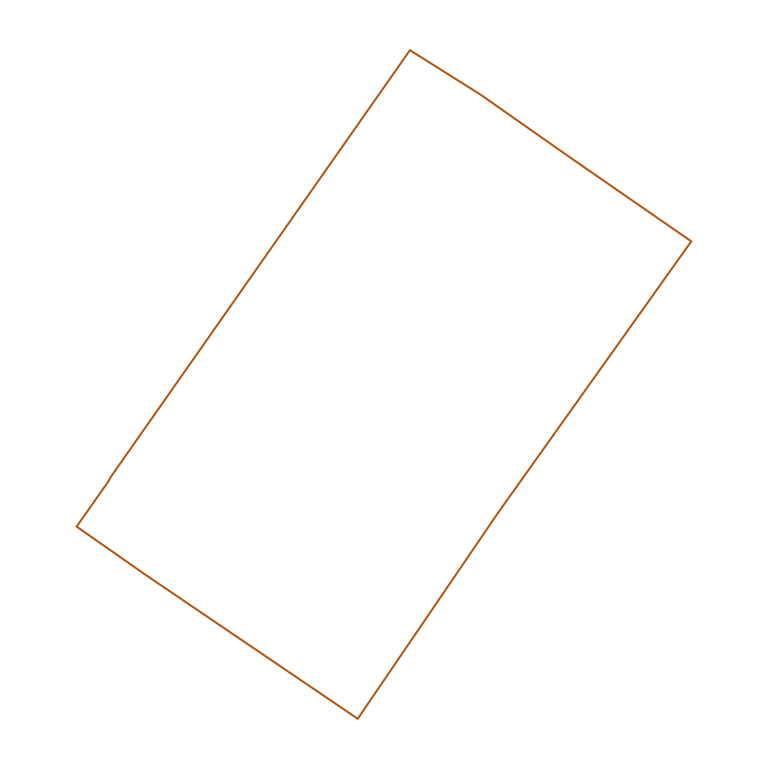 outline of Dewey, Oklahoma, United States of America, rotated 125°
{"feature_id": "52423323B83678883467317", "entity_name": "Dewey", "entity_type": "district", "adm_level": 2, "iso_a3": "USA", "parent_name": "United States of America", "parent_adm1": "Oklahoma", "projection": "mercator", "projection_center": [-98.948, 35.988], "detail": "fine", "context": "isolated", "style": "outline", "palette": "amber", "viewbox_px": 768, "rotation_deg": 125, "n_neighbors": 0, "source": "geoboundaries", "source_scale": "gbopen_adm2", "svg_char_len": 294}
<svg xmlns="http://www.w3.org/2000/svg" viewBox="0 0 768 768"><g transform="rotate(125 384 384)"><path d="M673.3,213.5L424.0,216.7L90.9,214.1L91.7,360.5L91.6,470.7L95.7,554.2L616.9,554.5L621.9,553.9L677.1,554.0L677.1,470.7L673.3,213.5Z" fill="none" stroke="#b45309" stroke-width="2"/></g></svg>